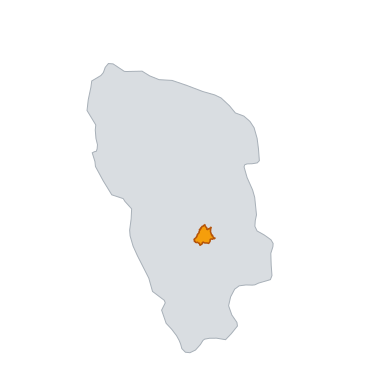 location of Ura, Bumthang, Bhutan, rotated 69°
{"feature_id": "84629894B11205688340318", "entity_name": "Ura", "entity_type": "district", "adm_level": 2, "iso_a3": "BTN", "parent_name": "Bhutan", "parent_adm1": "Bumthang", "projection": "orthographic", "projection_center": [90.899, 27.459], "detail": "fine", "context": "in_parent", "style": "filled", "palette": "amber", "viewbox_px": 384, "rotation_deg": 69, "n_neighbors": 0, "source": "geoboundaries", "source_scale": "gbopen_adm2", "svg_char_len": 4870}
<svg xmlns="http://www.w3.org/2000/svg" viewBox="0 0 384 384"><g transform="rotate(69 192 192)"><path d="M301.2,166.6L300.6,168.9L298.1,175.0L296.5,181.6L298.0,187.0L303.7,193.5L311.3,198.6L321.0,198.9L329.9,196.8L333.4,197.6L338.4,206.2L341.9,213.6L337.3,221.4L334.8,228.1L333.9,232.9L334.5,235.0L337.4,238.8L340.8,245.4L341.3,251.5L339.2,255.6L334.6,257.6L329.7,257.1L325.7,257.2L320.6,257.9L312.7,260.2L305.3,263.2L291.4,262.7L285.9,256.7L283.2,256.7L270.7,264.5L256.9,263.2L231.9,265.8L221.4,266.4L210.7,265.5L205.3,263.9L195.2,258.4L186.1,254.4L176.7,258.0L173.5,258.6L165.9,267.9L149.7,270.9L133.6,273.0L128.8,271.7L119.7,271.1L119.4,268.9L119.7,266.8L117.7,265.1L114.0,263.3L107.7,262.5L99.5,260.1L94.9,257.8L78.3,260.8L68.7,255.8L57.9,248.8L52.4,245.8L50.6,235.3L48.7,231.9L44.5,228.3L42.1,224.0L44.1,219.8L55.1,212.0L56.0,210.1L61.3,195.3L68.3,190.0L75.3,182.5L80.7,170.6L90.8,158.5L102.0,146.0L109.6,135.9L114.7,131.1L125.0,126.1L133.7,123.2L139.7,116.4L146.9,112.6L154.3,111.0L165.3,112.0L175.6,114.5L186.9,117.9L188.2,120.7L187.2,125.6L185.5,130.5L185.5,133.0L187.2,134.4L198.3,135.4L211.9,134.7L219.5,135.4L236.5,140.0L241.4,143.2L246.6,145.6L251.7,145.2L258.1,139.9L264.9,135.4L269.1,134.7L272.1,136.1L277.5,140.4L288.7,144.3L298.7,147.3L301.9,150.2L300.9,162.5L301.2,166.6Z" fill="#d9dde1" stroke="#a8b0b8" stroke-width="1"/><path d="M227.7,194.7L227.7,194.8L227.8,195.0L228.1,195.2L228.2,195.4L228.2,195.5L228.3,195.6L228.3,195.8L228.6,196.1L228.6,196.5L229.0,196.6L229.3,196.7L229.4,196.8L229.5,196.9L229.5,197.0L229.6,197.4L229.5,197.5L229.4,197.6L229.5,197.7L229.8,198.0L229.8,198.3L230.1,198.2L230.3,198.2L230.3,198.3L230.5,198.5L230.8,198.9L230.9,199.0L231.1,199.2L231.2,199.3L231.3,199.5L231.5,199.6L231.9,199.6L232.0,199.7L232.2,199.8L232.3,199.8L232.4,200.1L232.5,200.2L232.6,200.3L232.8,200.5L233.0,200.7L233.0,200.9L233.0,201.1L233.1,201.3L233.2,201.5L233.3,201.6L233.5,201.8L233.5,202.0L233.7,202.3L233.8,202.4L234.0,202.4L234.1,202.5L234.3,202.5L234.5,202.7L234.5,202.8L234.6,203.0L234.8,203.2L235.1,203.3L235.3,203.4L235.3,203.7L235.4,203.9L235.5,204.0L235.8,204.1L235.8,204.3L236.0,204.4L236.0,204.5L236.1,204.8L236.2,205.0L236.3,205.3L236.3,205.5L236.5,205.8L236.6,206.0L236.6,206.3L236.8,206.4L236.8,206.5L237.0,206.9L237.0,207.0L237.3,207.0L237.5,206.9L237.8,206.9L237.9,207.0L238.0,207.0L238.2,207.3L238.4,207.3L238.4,207.2L238.5,207.2L238.7,207.4L238.8,207.4L239.0,207.4L239.1,207.2L239.3,207.1L239.4,206.8L239.5,206.7L239.8,206.7L240.0,206.7L240.3,206.7L240.6,206.3L240.6,206.2L240.8,205.8L240.9,205.7L240.8,205.3L240.8,205.2L240.9,204.9L241.2,204.7L241.3,204.6L241.5,204.5L241.9,204.3L242.1,204.2L242.3,204.0L242.4,203.8L242.4,203.6L242.7,203.5L243.0,203.5L243.3,203.6L243.6,203.5L243.8,203.5L244.0,203.7L244.3,203.7L244.6,203.4L244.6,203.2L244.5,202.9L244.4,202.5L244.3,202.3L244.3,202.2L244.2,202.1L244.2,201.9L244.3,201.8L244.3,201.7L244.1,201.4L244.0,201.2L243.9,201.0L243.8,200.9L243.5,200.7L243.4,200.7L243.2,200.7L243.0,200.3L242.9,200.2L242.8,199.9L242.9,199.7L242.9,199.4L243.1,199.3L243.2,199.2L243.4,199.1L243.6,198.8L243.8,198.8L243.9,198.6L244.0,198.5L244.1,198.4L244.2,198.1L244.3,197.9L244.4,197.7L244.5,197.5L244.7,196.9L244.9,196.5L244.9,196.3L245.2,195.9L245.3,195.7L245.8,195.2L245.9,194.8L245.5,194.2L245.2,193.7L244.5,192.8L243.8,192.5L243.6,192.3L243.4,192.3L243.1,192.2L242.8,191.9L242.7,191.4L242.7,191.1L242.8,190.6L243.1,190.4L243.4,189.9L243.4,189.7L243.2,189.0L243.3,188.7L243.2,188.4L243.3,188.3L243.3,188.1L243.3,187.9L243.6,187.8L243.6,187.7L243.4,187.4L243.3,187.2L243.0,187.5L242.7,187.9L242.5,188.0L242.3,188.1L242.1,188.1L241.9,188.2L241.7,188.3L241.5,188.5L241.4,188.5L241.2,188.5L240.9,188.5L240.6,188.4L240.3,188.4L240.1,188.4L240.0,188.5L239.8,188.5L239.7,188.6L239.7,188.8L239.5,188.7L239.4,188.7L239.3,188.8L239.2,188.8L239.2,189.0L238.9,189.1L238.7,189.1L238.4,189.1L238.2,189.1L237.9,189.1L237.7,189.0L237.4,189.0L237.1,189.0L236.9,189.1L236.7,189.1L236.4,189.0L236.2,189.0L235.9,189.0L235.7,189.0L235.5,188.9L235.4,188.9L235.1,188.7L234.9,188.6L234.7,188.5L234.4,188.4L234.2,188.4L233.8,188.3L233.8,188.2L233.7,188.2L233.4,188.0L233.3,187.9L233.2,187.9L233.1,187.7L232.9,187.7L232.7,187.5L232.6,187.4L232.4,187.2L232.2,187.0L232.1,186.9L231.9,187.0L232.0,187.1L232.1,187.3L232.1,187.5L232.1,187.8L232.1,188.0L232.3,188.2L232.3,188.4L232.3,188.5L232.3,189.0L232.3,189.5L232.3,189.9L232.3,190.1L232.5,190.3L232.6,190.5L232.6,190.8L232.6,191.1L232.3,191.3L232.1,191.4L232.0,191.5L231.6,191.3L231.4,191.3L231.0,191.2L230.7,191.1L230.5,191.3L230.3,191.4L230.2,191.4L229.9,191.6L229.6,191.6L229.3,191.6L229.0,191.7L228.5,191.8L228.1,191.9L227.8,191.8L227.4,191.7L227.2,191.8L227.3,192.1L227.4,192.3L227.4,192.5L227.4,192.8L227.5,192.8L227.6,193.0L227.7,193.3L227.9,193.5L227.9,193.8L227.8,194.0L227.9,194.3L227.8,194.6L227.7,194.7Z" fill="#f59e0b" stroke="#b45309" stroke-width="1.5"/></g></svg>